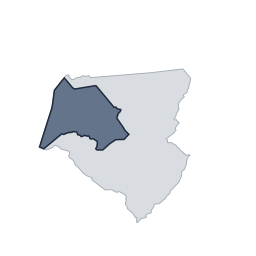 Algeria, with Tamanghasset highlighted, rotated 140°
{"feature_id": "DZA-2189", "entity_name": "Tamanghasset", "entity_type": "Province", "adm_level": 1, "iso_a3": "DZA", "parent_name": "Algeria", "parent_adm1": "", "projection": "mercator", "projection_center": [6.568, 24.092], "detail": "fine", "context": "in_parent", "style": "filled", "palette": "slate", "viewbox_px": 256, "rotation_deg": 140, "n_neighbors": 0, "source": "natural_earth", "source_scale": "10m", "svg_char_len": 6748}
<svg xmlns="http://www.w3.org/2000/svg" viewBox="0 0 256 256"><g transform="rotate(140 128 128)"><path d="M181.7,49.6L181.9,50.1L181.9,50.6L181.2,51.0L180.7,51.3L180.1,52.5L179.0,53.3L178.8,53.6L178.8,53.8L179.6,54.2L179.8,54.6L179.9,55.1L179.6,56.8L179.1,59.8L179.1,60.5L179.4,61.3L179.7,61.9L179.8,62.6L179.7,64.3L180.0,65.3L180.3,66.2L179.6,67.3L179.4,68.3L179.2,69.7L179.1,70.6L178.7,71.4L178.2,72.2L177.6,72.7L176.8,73.1L176.0,73.6L175.3,75.1L173.8,76.3L173.5,76.7L173.3,77.7L173.4,79.1L173.6,80.1L174.3,81.7L175.0,83.4L175.1,84.3L175.4,84.6L176.3,85.2L177.8,86.0L178.1,86.3L178.9,87.5L179.6,89.6L179.8,91.0L182.5,93.1L185.1,95.0L185.3,95.3L186.7,101.7L187.2,103.9L189.0,112.0L188.2,112.4L187.4,113.0L188.0,114.1L189.2,115.8L189.9,117.3L190.2,117.9L190.7,119.7L191.2,121.4L191.3,121.9L191.5,123.2L191.3,126.8L191.6,131.4L192.1,133.6L191.4,135.6L190.8,137.6L190.8,138.6L191.1,140.1L191.5,141.2L191.9,141.8L191.8,143.7L191.6,144.4L190.3,145.3L188.8,146.2L188.4,147.0L188.2,147.9L188.4,148.5L192.7,154.9L192.9,155.5L192.9,157.3L193.6,159.5L194.4,160.5L194.7,161.2L195.2,161.7L195.8,162.1L196.1,162.1L198.0,161.5L201.3,162.5L204.4,163.5L204.6,163.7L206.4,167.1L208.0,170.3L173.2,192.4L169.4,195.7L160.5,203.9L159.8,204.3L148.0,206.7L141.9,207.9L141.6,207.9L141.3,207.9L141.0,207.9L140.5,207.7L139.9,207.2L139.4,207.0L139.3,206.6L139.6,206.1L139.9,205.6L140.0,205.3L140.2,205.0L140.5,204.8L140.5,204.5L140.3,204.0L140.1,203.2L140.1,201.9L140.1,201.4L139.5,200.9L138.5,200.3L137.5,200.0L137.0,199.9L135.9,199.7L134.4,199.3L133.9,199.1L132.9,197.9L132.5,197.6L130.2,197.4L129.5,197.2L128.9,196.9L128.3,196.5L128.0,195.8L127.9,195.3L127.8,195.0L125.3,193.7L124.6,193.3L124.3,192.9L124.3,192.3L124.4,191.5L124.3,190.8L124.1,190.5L80.3,159.4L77.9,157.7L72.6,154.1L48.0,138.0L48.0,126.3L48.1,125.7L48.2,125.4L49.0,125.0L50.2,124.0L50.7,123.5L51.3,123.1L53.3,121.8L53.8,121.4L55.8,119.8L56.2,119.6L57.3,119.4L57.8,119.2L58.4,118.5L59.3,117.8L59.8,117.5L60.0,117.4L60.3,117.4L62.2,117.6L63.0,117.7L63.9,117.9L64.2,117.8L64.4,117.6L64.8,117.1L64.9,116.5L64.9,116.0L64.9,115.7L65.1,115.6L65.5,115.7L66.1,115.7L67.2,115.7L67.5,115.6L68.8,115.5L70.6,115.2L73.1,114.4L74.3,113.5L75.2,112.5L76.1,111.1L76.8,109.9L78.3,109.1L79.5,108.6L80.2,108.4L81.8,107.8L84.4,105.8L86.6,105.5L86.9,105.4L87.2,105.0L87.2,104.4L86.8,104.0L86.4,103.8L86.1,103.6L85.8,103.5L85.6,103.3L85.7,102.7L85.7,102.2L85.9,101.8L85.9,101.1L85.6,100.4L85.5,99.9L85.5,99.4L85.6,99.0L86.1,98.8L86.6,98.7L87.4,98.8L88.6,98.7L91.9,97.5L92.1,97.1L92.4,96.3L92.6,95.6L92.9,95.3L93.1,95.3L95.7,94.8L96.3,94.8L101.2,95.0L105.4,95.1L105.8,95.0L105.8,94.5L105.5,93.5L105.7,92.9L106.3,92.3L107.0,91.7L106.7,90.9L106.1,90.4L105.2,89.8L104.8,89.5L104.1,88.8L103.6,87.9L103.3,86.1L102.7,85.1L102.3,83.8L102.6,81.5L102.1,80.1L102.0,79.5L102.0,78.8L102.2,77.6L102.1,75.8L101.4,74.0L101.7,73.4L101.9,73.1L101.8,72.8L101.2,72.3L101.0,71.8L101.1,71.4L101.4,70.7L101.4,70.4L100.4,69.6L98.8,68.4L98.3,67.8L98.1,67.1L99.7,67.3L100.5,67.2L102.3,66.4L103.8,65.2L104.9,64.6L105.9,63.4L106.9,62.6L108.2,61.8L112.0,59.9L112.6,59.9L113.8,60.3L114.9,60.2L115.7,59.5L116.5,58.0L117.7,57.0L119.3,56.1L121.4,55.2L122.8,54.3L125.0,53.6L130.6,53.1L133.4,52.7L135.4,52.8L137.3,51.5L138.3,51.0L142.5,50.9L144.5,50.0L152.1,50.0L153.1,50.3L154.0,50.8L155.5,52.1L156.3,52.4L157.3,52.1L159.6,50.9L162.2,50.3L163.7,49.5L164.3,48.5L165.5,48.1L166.2,48.9L168.9,49.7L170.6,49.5L171.3,49.3L171.1,48.1L172.8,48.4L174.2,49.0L175.6,50.1L176.5,50.3L178.2,49.8L181.7,49.6Z" fill="#d9dde1" stroke="#a8b0b8" stroke-width="1"/><path d="M208.0,170.3L207.4,170.6L206.9,171.0L206.4,171.3L205.9,171.6L205.3,172.0L204.8,172.3L204.3,172.7L203.7,173.0L203.2,173.3L202.7,173.7L202.2,174.0L201.6,174.3L201.1,174.7L200.6,175.0L200.1,175.4L199.5,175.7L199.0,176.0L198.5,176.4L197.9,176.7L197.4,177.0L196.9,177.4L196.4,177.7L195.8,178.1L195.3,178.4L194.8,178.7L194.3,179.1L193.7,179.4L193.2,179.7L192.7,180.1L192.2,180.4L191.6,180.7L191.1,181.1L190.6,181.4L190.0,181.8L189.5,182.1L189.0,182.4L188.5,182.8L187.9,183.1L187.4,183.4L186.9,183.8L186.4,184.1L185.8,184.4L185.3,184.8L184.8,185.1L184.2,185.4L183.7,185.8L183.2,186.1L182.7,186.4L182.1,186.8L181.6,187.1L181.1,187.4L180.6,187.8L180.0,188.1L179.5,188.4L179.0,188.8L178.4,189.1L177.9,189.4L177.4,189.8L176.9,190.1L176.3,190.4L175.8,190.8L175.3,191.1L174.8,191.4L174.2,191.8L173.2,192.4L172.5,193.1L171.9,193.6L171.3,194.0L170.8,194.5L170.2,195.0L169.6,195.5L169.3,195.8L168.9,196.2L168.4,196.7L167.9,197.1L167.4,197.5L167.0,198.0L166.5,198.4L166.0,198.9L165.5,199.3L165.0,199.8L164.5,200.2L164.0,200.7L163.5,201.1L163.0,201.6L162.6,202.0L162.1,202.5L161.6,202.9L161.1,203.4L160.5,203.9L160.1,204.1L159.8,204.3L158.8,204.5L158.0,204.6L156.3,205.0L154.6,205.3L153.9,205.5L152.4,205.8L150.9,206.1L149.5,206.4L148.0,206.7L146.7,206.9L145.4,207.2L144.6,207.3L144.6,195.1L144.3,193.2L143.8,192.4L142.9,191.6L125.9,181.5L125.5,181.0L125.3,180.8L125.4,153.1L125.4,152.9L125.2,152.8L123.9,151.8L123.8,151.6L123.8,151.3L123.9,150.5L123.9,150.0L123.8,149.8L123.8,149.6L123.7,149.5L123.7,149.3L122.4,147.7L121.8,147.0L121.7,146.9L121.8,146.6L121.9,146.4L122.0,146.4L122.3,146.2L122.9,146.0L123.4,145.6L123.5,145.6L124.1,145.5L124.5,145.6L124.9,145.4L125.0,145.4L126.1,145.4L126.8,145.2L127.0,145.1L127.3,144.8L127.8,144.1L128.0,144.0L128.8,143.9L129.4,143.3L129.7,143.1L130.0,142.8L130.2,142.5L130.2,142.3L130.3,142.1L131.3,131.1L131.7,129.2L131.8,127.4L131.4,122.6L138.4,121.8L144.8,126.9L152.1,127.7L161.4,127.4L165.2,130.5L165.7,130.9L166.0,131.7L166.1,132.7L165.8,133.0L163.7,133.8L161.8,135.6L161.2,136.1L160.8,136.5L160.5,136.9L160.3,137.7L160.5,138.7L161.4,141.7L161.4,141.8L161.5,141.9L161.8,142.2L163.3,143.4L163.6,143.7L163.8,143.9L163.8,144.2L163.9,144.4L163.9,144.5L163.2,146.2L163.1,146.4L163.1,146.6L163.1,146.9L163.1,147.0L163.3,147.2L164.1,147.6L165.8,149.9L165.8,150.0L166.0,150.1L166.8,150.4L167.0,150.5L167.3,150.7L169.2,151.2L169.3,151.4L169.4,151.8L169.4,153.4L170.3,154.5L170.6,154.7L170.7,154.9L170.8,155.1L170.8,155.3L170.8,155.5L170.7,155.6L170.4,156.1L170.2,156.6L170.1,156.8L170.1,157.7L170.3,158.4L170.4,158.5L170.5,158.6L171.1,159.1L171.3,159.3L171.5,159.7L171.8,160.0L172.0,160.2L172.1,160.3L172.2,160.5L172.3,160.5L172.7,160.6L173.0,160.7L173.3,160.7L173.5,160.7L173.6,160.9L173.8,160.9L173.9,161.0L174.0,161.1L174.3,161.1L174.5,161.2L174.6,161.3L174.8,161.5L175.3,161.9L175.5,161.9L175.5,162.0L176.0,162.4L176.1,162.5L176.3,162.6L176.5,162.8L176.8,163.1L177.4,163.2L177.8,163.2L178.0,163.2L178.6,163.4L178.8,163.6L179.0,163.7L179.3,163.7L179.5,163.9L179.6,164.0L180.3,164.2L180.9,164.2L181.1,164.2L181.3,164.3L181.5,164.5L181.9,165.3L182.1,165.6L182.3,165.9L182.5,166.1L206.0,166.2L206.8,168.0L207.4,169.1L208.0,170.3Z" fill="#64748b" stroke="#1e293b" stroke-width="1.5"/></g></svg>